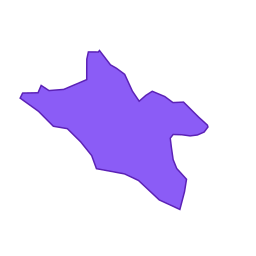 outline of Grästorp, Västra Götaland, Sweden, rotated 229°
{"feature_id": "70781695B12491812596610", "entity_name": "Grästorp", "entity_type": "district", "adm_level": 2, "iso_a3": "SWE", "parent_name": "Sweden", "parent_adm1": "Västra Götaland", "projection": "natural_earth1", "projection_center": [12.708, 58.339], "detail": "fine", "context": "isolated", "style": "filled", "palette": "violet", "viewbox_px": 256, "rotation_deg": 229, "n_neighbors": 0, "source": "geoboundaries", "source_scale": "gbopen_adm2", "svg_char_len": 704}
<svg xmlns="http://www.w3.org/2000/svg" viewBox="0 0 256 256"><g transform="rotate(229 128 128)"><path d="M217.1,90.4L213.6,83.2L223.5,71.4L221.3,66.2L199.3,71.4L178.3,72.8L167.3,81.8L148.6,83.2L131.0,82.5L118.0,77.5L95.6,95.3L81.5,101.5L53.2,104.4L32.5,113.7L42.8,128.8L50.9,138.5L65.5,138.2L74.5,141.3L84.9,148.0L92.6,153.2L93.5,157.8L87.6,164.2L81.3,169.7L77.2,175.8L75.0,182.8L76.3,189.0L78.1,189.8L90.1,188.4L111.1,186.9L117.7,178.6L127.6,176.4L139.8,170.4L140.9,162.9L140.9,154.0L153.0,155.5L170.7,160.7L180.6,158.5L187.2,156.2L205.2,157.3L204.8,155.5L211.4,148.0L207.0,142.1L199.3,135.3L191.6,128.6L199.3,104.8L208.1,92.9L217.1,90.4Z" fill="#8b5cf6" stroke="#5b21b6" stroke-width="1.5"/></g></svg>